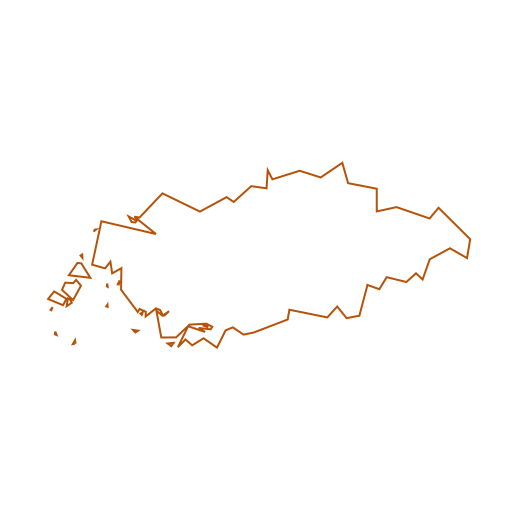 map outline of Krasnoyarsk (orthographic projection), rotated 258°
{"feature_id": "RUS-2603", "entity_name": "Krasnoyarsk", "entity_type": "Territory", "adm_level": 1, "iso_a3": "RUS", "parent_name": "Russia", "parent_adm1": "", "projection": "orthographic", "projection_center": [95.961, 66.535], "detail": "medium", "context": "isolated", "style": "outline", "palette": "amber", "viewbox_px": 512, "rotation_deg": 258, "n_neighbors": 0, "source": "natural_earth", "source_scale": "10m", "svg_char_len": 1940}
<svg xmlns="http://www.w3.org/2000/svg" viewBox="0 0 512 512"><g transform="rotate(258 256 256)"><path d="M183.1,160.7L201.4,175.0L192.3,190.4L197.5,185.0L193.7,196.4L195.9,198.5L200.1,193.4L202.7,176.7L193.0,160.9L196.0,146.4L223.2,147.2L217.1,152.0L216.9,154.2L220.1,159.5L217.2,152.6L223.0,151.0L225.6,147.3L219.8,135.5L224.3,136.6L228.4,131.1L225.8,128.7L251.1,117.0L272.1,121.8L268.9,111.7L280.7,112.4L275.3,105.8L281.6,93.9L322.1,112.0L298.3,162.7L319.8,145.1L317.8,150.0L336.7,177.5L311.1,210.4L319.7,239.5L313.5,245.4L325.3,265.9L320.0,280.4L337.5,285.3L327.6,288.0L330.3,316.4L319.4,335.6L329.2,359.8L308.1,361.2L296.7,388.1L274.5,383.4L274.6,403.6L256.6,433.6L265.2,444.6L227.9,469.0L210.1,462.0L223.2,447.3L216.7,425.3L198.4,414.1L205.8,408.9L199.3,397.7L208.1,379.4L197.9,369.7L204.5,359.0L176.1,344.7L176.4,331.7L189.7,324.9L181.1,313.0L196.5,277.5L187.3,273.8L181.6,237.7L181.7,227.5L191.0,218.5L189.6,210.8L174.5,198.8L186.4,187.6L181.9,175.0L189.0,169.7L183.1,160.7ZM270.0,75.1L263.3,78.6L250.9,67.9L263.2,59.2L269.6,63.9L267.4,71.6L270.0,75.1ZM263.3,51.2L253.5,61.7L248.0,57.0L257.2,43.7L263.3,51.2ZM286.3,79.9L285.1,83.6L269.1,89.4L276.1,69.0L286.3,79.9ZM246.3,60.4L253.6,63.1L251.5,65.6L248.5,66.0L246.3,60.4ZM321.1,139.7L315.2,146.6L313.9,144.9L315.1,141.4L321.1,139.7ZM188.8,151.4L188.2,157.3L185.4,154.4L188.8,151.4ZM246.0,43.9L248.3,46.4L245.5,44.5L246.0,43.9ZM221.2,43.0L223.8,44.0L220.2,44.5L221.2,43.0ZM211.2,61.5L208.7,61.3L208.8,60.3L207.8,59.7L207.9,58.5L211.2,61.5ZM257.0,114.9L260.5,117.5L256.7,115.9L257.0,114.9ZM257.3,103.8L260.0,104.8L256.7,104.5L257.3,103.8ZM209.2,120.4L207.5,125.1L206.3,122.1L209.2,120.4ZM292.9,84.5L293.6,86.3L290.3,85.8L292.9,84.5ZM237.8,99.1L239.3,100.6L237.1,100.3L237.8,99.1ZM196.3,194.3L199.4,189.3L197.7,193.4L196.3,194.3ZM223.6,131.0L224.7,133.6L222.2,132.0L223.6,131.0ZM315.2,105.1L313.7,102.3L315.3,103.9L315.2,105.1Z" fill="none" stroke="#b45309" stroke-width="2"/></g></svg>